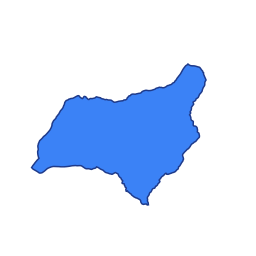 outline of Yacuanquer, Nariño, Colombia, rotated 220°
{"feature_id": "7082276B68439482186320", "entity_name": "Yacuanquer", "entity_type": "district", "adm_level": 2, "iso_a3": "COL", "parent_name": "Colombia", "parent_adm1": "Nariño", "projection": "natural_earth1", "projection_center": [-77.429, 1.122], "detail": "fine", "context": "isolated", "style": "filled", "palette": "blue", "viewbox_px": 256, "rotation_deg": 220, "n_neighbors": 0, "source": "geoboundaries", "source_scale": "gbopen_adm2", "svg_char_len": 5720}
<svg xmlns="http://www.w3.org/2000/svg" viewBox="0 0 256 256"><g transform="rotate(220 128 128)"><path d="M63.0,82.3L63.7,82.9L63.9,83.2L64.3,83.6L66.3,84.6L66.8,85.6L68.0,86.6L68.3,87.0L68.7,87.8L68.8,89.8L68.9,90.3L69.5,91.6L69.7,92.6L69.7,92.8L69.4,93.3L69.3,93.6L69.6,95.3L70.0,96.4L70.0,96.7L70.0,97.1L69.9,97.7L69.7,98.0L69.1,98.8L68.9,99.2L69.4,101.2L69.0,101.6L68.9,102.3L68.8,103.0L68.8,103.3L69.2,104.6L69.1,105.2L69.0,106.0L69.0,106.8L69.1,107.3L69.4,107.8L70.1,107.8L70.5,108.0L70.7,108.3L70.8,108.9L70.5,110.1L70.8,111.0L70.8,112.4L70.7,113.0L70.3,114.2L70.2,115.3L70.2,116.3L70.1,117.2L69.9,117.6L69.6,117.8L69.0,117.5L68.6,117.5L67.9,118.1L67.6,118.2L66.8,119.5L66.3,120.4L65.9,121.0L65.2,122.4L64.3,123.6L64.1,124.4L63.7,125.0L63.7,127.5L63.3,128.3L63.3,128.5L63.5,129.4L64.2,130.7L64.3,130.8L64.0,131.9L64.1,133.0L64.6,135.9L64.7,137.1L64.7,137.6L64.9,138.4L65.4,139.1L65.4,139.7L65.6,140.0L66.8,140.9L68.0,141.6L68.8,142.3L69.1,142.9L69.2,143.6L69.2,145.9L69.0,148.1L68.9,149.8L68.9,150.0L68.5,150.6L68.4,151.8L68.5,153.9L68.8,155.0L68.8,156.7L68.8,157.0L68.3,158.4L68.1,160.0L67.6,160.9L67.5,161.2L67.5,161.8L67.6,164.5L67.5,165.7L67.4,166.4L67.5,166.9L67.8,167.4L68.5,168.2L69.5,168.9L70.2,169.5L70.4,169.6L71.1,169.6L72.1,169.5L72.5,169.7L73.4,171.1L75.4,172.7L75.8,172.8L77.0,172.9L77.4,172.8L78.6,172.1L79.0,171.9L79.3,171.9L80.0,172.2L80.3,172.6L81.4,174.0L82.0,174.8L82.5,175.0L83.1,175.0L83.6,174.8L84.6,174.8L85.2,175.1L85.8,175.5L86.6,176.4L87.7,177.1L88.4,177.5L89.3,177.6L89.4,177.8L89.4,178.7L89.6,179.8L89.9,180.0L90.7,180.1L90.8,180.3L90.9,180.9L91.1,182.2L91.3,182.7L91.9,183.7L92.7,184.5L92.9,186.7L92.9,187.9L93.0,188.5L93.3,188.7L94.5,189.3L94.7,189.6L94.8,189.8L94.1,191.8L94.0,192.3L94.1,193.0L94.5,193.9L94.5,194.3L94.0,195.8L93.9,196.7L94.1,197.4L94.8,199.7L94.9,200.2L94.7,200.6L94.7,200.9L94.8,203.3L95.0,204.0L95.6,205.1L96.3,207.2L96.6,209.5L96.7,209.9L97.1,210.6L98.4,212.2L98.9,213.7L98.9,214.5L99.0,214.7L99.3,215.1L100.8,215.8L102.4,216.6L102.8,216.8L103.5,217.2L104.4,217.6L105.0,218.1L105.6,218.9L106.6,218.9L107.2,219.5L107.7,219.6L108.6,219.7L111.3,220.4L112.2,220.5L116.0,218.8L117.3,218.1L119.0,216.7L120.4,215.9L121.6,215.6L123.2,215.5L123.1,214.8L123.5,213.9L123.8,212.6L123.8,211.9L123.7,209.4L123.5,207.9L122.6,203.3L122.5,201.6L122.5,200.2L122.4,198.9L122.4,197.7L122.0,195.6L122.2,194.8L122.1,193.7L121.9,192.9L122.0,192.4L122.6,191.3L122.7,190.5L122.7,189.7L122.9,189.0L123.8,187.7L124.4,186.5L124.9,186.0L125.2,185.2L125.3,184.5L125.6,183.5L126.4,181.9L127.2,181.3L127.6,180.9L128.7,180.5L129.1,180.0L129.8,179.6L130.3,179.3L130.6,178.5L132.0,176.5L132.3,175.1L132.5,174.7L133.4,173.3L134.1,172.1L135.1,170.9L136.3,169.8L137.0,169.4L138.3,168.6L138.9,168.0L140.0,166.3L140.6,165.0L140.6,163.6L140.8,163.0L141.2,162.3L142.0,161.5L143.6,159.4L144.1,158.6L145.9,157.3L146.4,156.8L146.8,156.2L147.1,155.5L147.0,154.6L147.2,154.1L147.6,153.6L147.8,153.3L147.9,152.8L147.8,151.7L148.0,150.9L147.6,149.7L147.5,149.2L147.6,148.9L147.9,148.0L149.0,147.0L149.2,146.6L149.3,145.9L149.7,145.3L150.5,144.5L152.3,142.5L153.9,140.1L155.1,138.9L155.8,138.7L158.7,138.5L160.0,137.7L161.1,136.8L162.9,136.0L163.4,135.3L164.2,134.8L164.8,134.6L165.5,134.4L166.1,134.0L167.5,133.4L168.4,133.5L168.8,133.3L170.8,132.2L171.1,132.1L172.2,131.6L172.4,131.2L172.7,129.7L173.0,129.2L173.8,128.3L174.2,127.6L175.9,126.3L176.1,125.7L176.1,125.0L176.3,124.7L176.6,124.5L176.9,124.3L177.2,124.3L178.1,124.5L179.5,124.4L180.1,124.7L180.4,124.8L180.7,124.7L181.6,124.2L181.8,124.1L181.9,123.9L181.9,123.5L181.7,121.8L181.8,121.3L182.0,121.1L182.5,121.0L184.1,120.8L185.2,120.9L185.7,121.1L186.2,121.1L186.6,121.0L187.0,120.7L187.4,120.1L187.8,119.2L189.1,115.8L189.5,115.1L190.7,113.9L191.5,112.5L191.9,112.0L191.9,111.7L192.0,111.1L193.0,109.3L193.0,108.1L192.8,106.8L192.4,106.1L192.0,105.3L191.8,104.8L191.6,103.7L190.9,101.9L190.8,101.2L190.7,99.6L190.8,97.9L190.3,95.3L190.0,94.3L190.1,93.7L190.0,91.6L190.0,90.4L189.7,89.6L189.5,89.2L189.6,86.6L189.8,86.0L189.6,85.4L189.5,84.6L189.2,83.8L189.2,83.3L189.0,82.8L188.6,82.0L188.0,81.3L187.1,79.1L186.9,78.1L186.5,76.2L186.5,73.1L186.5,72.6L186.6,70.2L186.7,69.2L187.0,68.2L187.2,66.8L187.1,65.2L187.5,61.5L187.4,61.1L186.8,59.3L186.7,58.6L186.3,58.0L185.7,56.6L184.9,55.6L183.7,54.6L182.7,53.5L182.5,53.0L182.3,52.2L181.3,51.0L179.5,49.3L179.0,49.0L177.9,48.1L177.4,47.9L176.7,47.5L176.9,45.3L176.9,44.0L176.9,41.7L176.8,40.6L176.7,37.9L176.4,35.7L175.9,35.7L174.8,35.5L174.1,35.5L170.3,36.2L167.9,36.5L167.1,36.5L166.6,36.8L166.2,37.1L165.2,38.3L164.9,39.0L164.3,41.3L163.9,44.1L163.6,45.4L162.9,46.9L161.9,48.7L161.2,49.7L160.3,50.7L156.1,54.0L154.4,55.2L152.0,57.2L149.8,59.4L148.6,60.7L146.5,63.2L144.1,65.5L142.7,66.4L141.0,68.0L140.1,68.7L139.4,69.1L134.6,69.6L133.1,70.4L132.8,70.9L132.5,71.2L130.7,72.2L129.9,72.5L129.5,72.7L129.1,73.2L128.8,73.8L128.5,74.6L127.3,76.1L127.0,77.1L127.1,78.0L125.3,78.6L123.1,78.8L122.0,79.0L120.2,79.6L117.8,79.5L116.8,79.5L116.2,79.7L114.5,80.5L112.7,81.1L111.7,81.7L110.8,82.1L110.4,82.4L109.8,83.8L109.3,85.3L109.1,85.7L106.3,86.4L105.8,86.2L104.3,85.4L103.6,85.2L102.3,85.0L101.5,85.1L100.8,84.9L99.7,84.2L99.2,84.3L98.4,84.3L98.0,84.0L97.9,83.8L97.6,82.6L97.0,81.9L96.5,81.9L95.5,82.6L95.3,82.7L94.9,82.7L94.6,82.5L94.3,82.0L93.3,81.7L92.3,81.0L91.8,80.9L91.3,81.1L90.6,80.7L90.1,79.4L89.9,79.2L89.2,78.8L89.0,78.5L88.7,78.4L88.5,78.5L88.3,79.2L88.0,79.5L87.7,79.4L87.2,79.1L85.9,79.3L84.2,79.2L83.3,79.4L82.6,79.1L82.0,79.0L78.9,79.1L78.5,79.3L77.5,79.4L75.9,80.1L73.0,80.7L72.0,80.6L71.5,80.4L70.9,79.8L70.7,79.6L69.2,79.0L68.5,78.9L67.8,79.1L67.1,79.4L66.9,79.6L66.5,80.2L65.2,81.5L64.8,81.6L64.1,81.4L63.8,81.4L63.0,82.3Z" fill="#3b82f6" stroke="#1e3a8a" stroke-width="1.5"/></g></svg>